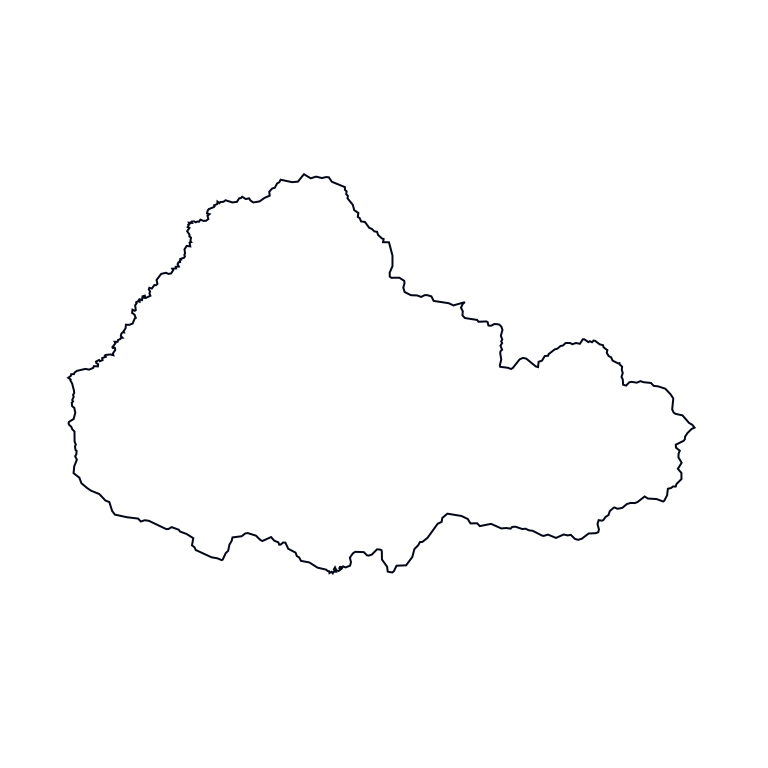 the district of Mae Suai, Chiang Rai, Thailand, rotated 98°
{"feature_id": "78962969B62426032624456", "entity_name": "Mae Suai", "entity_type": "district", "adm_level": 2, "iso_a3": "THA", "parent_name": "Thailand", "parent_adm1": "Chiang Rai", "projection": "natural_earth1", "projection_center": [99.446, 19.72], "detail": "fine", "context": "isolated", "style": "outline", "palette": "ink", "viewbox_px": 768, "rotation_deg": 98, "n_neighbors": 0, "source": "geoboundaries", "source_scale": "gbopen_adm2", "svg_char_len": 6133}
<svg xmlns="http://www.w3.org/2000/svg" viewBox="0 0 768 768"><g transform="rotate(98 384 384)"><path d="M225.3,559.4L224.1,566.5L226.0,568.5L226.5,571.3L227.8,572.1L226.5,574.3L229.0,574.1L230.7,577.1L231.6,576.5L232.5,577.1L235.2,581.9L237.2,582.8L239.7,583.0L240.1,580.4L242.0,582.2L245.0,580.9L247.1,582.9L247.6,585.6L246.8,588.7L249.1,589.8L249.1,591.4L250.1,592.9L249.4,594.5L249.8,596.9L250.5,597.5L251.2,596.8L251.4,599.4L252.2,598.6L253.3,600.0L254.1,599.5L255.9,600.3L256.6,598.4L260.0,600.2L263.3,597.3L264.9,597.3L265.9,595.5L269.3,595.6L270.3,594.6L271.1,596.2L274.7,595.0L274.7,598.6L278.4,600.3L282.3,599.2L284.0,599.7L285.3,598.9L286.8,599.5L288.4,602.9L289.2,602.3L289.9,603.4L291.7,602.9L292.0,604.4L294.0,605.1L296.2,603.5L296.9,606.5L298.5,606.0L299.3,609.7L300.6,608.6L304.1,610.2L305.0,612.8L304.2,615.4L306.0,620.0L312.7,623.7L316.3,622.3L317.9,623.5L318.0,625.2L321.8,627.2L321.4,629.8L323.1,630.1L325.0,628.5L327.0,628.9L329.1,627.6L332.1,632.1L332.0,633.5L331.4,632.6L329.8,633.2L330.8,635.3L334.6,635.3L334.1,638.0L335.4,638.6L335.7,637.5L336.6,637.4L336.2,639.1L337.6,640.8L338.6,640.2L340.6,641.4L345.4,640.1L346.2,641.0L345.4,643.4L348.6,643.4L350.1,640.7L353.1,639.0L353.7,639.9L359.2,641.4L360.9,644.6L361.2,647.8L364.9,647.7L368.0,649.2L369.1,648.6L369.2,650.0L370.7,651.1L373.1,651.3L374.6,649.4L375.0,651.0L376.1,651.3L377.4,653.4L379.3,653.7L379.7,656.6L381.1,655.6L385.3,658.1L386.1,657.4L385.5,655.9L386.0,655.3L387.8,654.9L391.4,656.7L393.2,656.0L392.8,659.1L394.0,663.8L394.8,664.4L395.8,663.3L397.6,666.7L399.5,666.0L401.0,668.5L399.9,669.5L401.9,672.3L403.3,671.8L404.2,669.8L406.4,669.8L406.7,673.8L408.5,674.2L410.8,678.0L410.6,681.8L413.7,689.9L415.7,692.0L417.4,692.4L417.8,695.1L419.6,695.3L421.8,697.6L423.2,694.9L424.1,695.1L426.9,692.9L433.7,690.1L436.0,689.5L438.1,690.4L439.9,689.5L443.2,690.5L444.5,689.5L446.1,690.6L449.4,689.7L450.7,687.4L455.4,685.7L461.9,686.5L465.2,690.6L466.8,690.9L468.2,690.2L469.9,687.7L472.2,686.4L474.1,683.9L484.0,682.4L486.8,680.8L489.1,681.3L492.4,680.2L493.0,679.1L496.4,678.9L498.5,679.8L501.7,677.6L508.6,679.3L515.5,679.0L519.2,672.6L524.3,669.9L528.3,663.6L530.5,659.1L532.6,650.6L538.2,643.6L539.1,639.6L547.6,635.5L550.8,632.3L551.7,620.2L551.5,608.8L554.0,605.7L552.2,601.9L552.2,597.8L558.0,579.4L557.6,577.3L555.3,574.4L556.9,567.0L558.5,565.4L560.0,558.6L563.2,551.4L570.5,551.7L572.1,548.9L574.6,547.3L579.6,530.7L579.8,524.7L581.0,520.3L580.4,519.3L573.5,517.2L570.9,515.1L564.6,514.7L560.5,513.0L557.0,512.7L554.6,503.8L551.3,500.6L550.6,498.2L552.0,489.7L555.6,484.8L556.4,482.6L551.3,474.5L554.4,470.9L555.5,466.6L557.7,465.4L557.4,464.0L555.0,461.8L554.8,459.6L560.5,455.9L563.3,448.1L566.5,446.4L567.6,443.8L570.7,441.6L571.1,433.1L575.1,424.3L575.9,415.4L577.0,413.9L577.1,412.3L578.8,411.7L577.3,410.0L578.6,408.4L576.9,408.0L576.6,405.7L574.4,407.8L572.4,407.0L575.2,405.2L575.5,403.0L573.6,401.0L572.6,402.6L571.3,402.2L571.1,401.0L572.1,399.9L570.3,399.1L571.0,396.5L568.6,392.3L565.1,391.9L560.7,393.6L556.1,391.3L554.2,389.2L553.3,380.6L556.0,377.0L556.1,375.4L554.6,372.3L548.7,367.9L548.5,364.7L548.9,363.4L550.3,362.8L558.1,361.6L564.5,355.5L569.3,354.2L569.5,349.6L568.1,348.2L562.2,346.3L560.5,336.9L551.4,331.9L543.2,330.9L538.8,327.6L535.6,326.5L535.0,324.0L530.3,319.5L514.9,311.4L512.6,307.8L508.5,307.6L503.6,303.2L503.9,289.0L506.0,282.3L510.0,279.0L509.0,272.3L511.4,269.4L507.6,258.5L510.7,247.7L509.6,242.9L509.6,238.5L507.7,237.1L507.0,234.0L508.4,226.8L507.6,223.8L508.7,220.1L508.7,216.3L512.1,206.4L512.2,204.7L510.3,200.7L512.5,192.3L508.0,185.1L508.4,181.1L507.4,178.0L510.8,173.4L511.3,170.1L509.7,166.6L503.6,160.6L502.2,153.3L500.9,151.2L498.1,150.9L493.0,153.1L489.0,152.5L489.0,149.1L488.1,147.8L484.7,146.0L482.6,143.5L478.4,142.7L474.7,139.5L474.2,138.4L475.1,135.4L473.5,130.8L469.1,126.8L467.5,123.4L467.0,119.0L465.6,116.5L459.1,110.2L460.7,106.8L460.0,98.1L461.5,91.2L460.6,90.2L454.9,88.2L448.2,88.3L447.2,85.5L445.2,83.4L445.0,80.9L442.3,80.4L436.7,76.2L430.7,77.1L427.1,81.2L420.6,78.3L415.7,82.2L411.9,82.6L408.9,81.8L406.4,86.0L403.5,86.6L398.5,79.3L396.8,78.4L394.2,78.5L390.4,76.7L385.7,73.1L384.0,70.4L381.5,73.0L380.1,76.5L373.5,84.1L373.0,91.2L372.0,93.2L369.0,95.1L358.1,95.5L354.4,98.7L349.5,104.8L348.2,112.1L348.3,116.7L345.8,119.8L346.1,127.1L345.5,130.5L347.5,133.8L347.4,138.9L348.2,141.4L351.9,144.0L351.4,147.1L346.2,148.2L343.9,149.8L340.0,149.1L336.8,150.5L333.7,150.6L331.8,153.4L330.6,153.7L331.0,155.1L329.0,160.9L326.0,162.8L325.0,165.5L322.0,167.8L319.4,167.5L317.1,171.7L315.1,172.5L314.7,175.9L311.9,180.9L311.8,182.5L313.7,183.8L313.0,186.1L314.1,187.5L311.9,191.7L312.0,193.3L316.9,195.6L316.7,199.6L318.4,203.1L317.5,205.4L318.1,209.8L321.1,212.3L321.8,214.5L324.9,217.2L325.9,219.7L331.5,225.1L333.1,225.3L334.0,228.7L338.9,230.8L340.5,234.0L345.8,233.8L345.5,236.1L339.1,246.6L338.8,250.0L340.7,253.1L350.2,258.7L351.5,260.3L350.7,263.5L350.8,271.3L349.7,271.9L343.5,271.3L337.3,273.2L335.4,273.2L333.6,271.8L329.9,274.0L327.0,272.7L325.5,273.9L323.4,273.1L320.0,275.0L314.0,274.2L310.8,275.8L309.1,278.2L309.0,280.1L309.3,283.2L311.3,285.9L311.6,288.1L311.3,288.9L308.4,289.9L307.8,291.3L309.2,299.1L307.6,300.7L307.4,313.1L305.1,315.9L301.0,316.1L297.8,318.4L293.8,317.2L291.7,315.3L296.5,326.2L295.0,331.1L294.8,346.4L290.6,349.3L290.0,353.7L290.3,356.0L292.6,359.4L291.7,363.4L292.3,369.8L290.0,376.4L285.9,378.3L281.1,377.7L279.0,378.4L276.6,383.6L277.8,391.5L276.9,393.2L273.0,393.9L266.1,392.0L255.6,393.5L243.0,398.8L243.7,404.7L240.6,404.5L240.0,406.6L237.1,410.7L234.3,412.0L234.2,414.8L232.1,417.7L231.4,420.4L226.2,425.4L226.2,429.3L223.1,431.2L222.2,433.2L218.2,433.2L216.0,437.7L210.9,439.8L205.2,446.0L202.8,445.9L201.3,447.8L198.4,447.9L197.2,449.7L194.5,450.1L191.0,463.8L187.0,467.4L187.1,470.1L188.7,474.1L188.1,480.1L190.5,485.2L187.4,492.5L195.6,497.4L196.9,503.1L196.1,514.8L198.8,515.8L200.3,517.8L204.8,519.4L206.0,522.0L209.6,524.4L213.4,523.4L216.3,528.2L220.5,532.6L222.4,538.7L220.8,541.9L218.9,543.4L220.1,546.6L218.3,550.5L219.9,551.7L220.2,553.2L224.1,555.0L225.3,559.4Z" fill="none" stroke="#020617" stroke-width="2"/></g></svg>